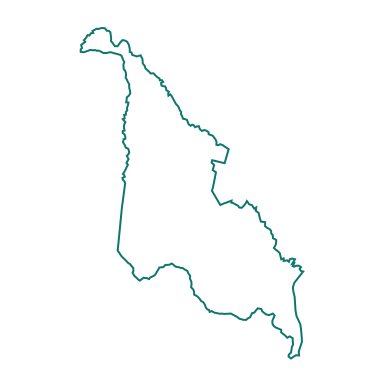 outline of Venâncio Aires, Rio Grande do Sul, Brazil, rotated 13°
{"feature_id": "56859067B17249233565131", "entity_name": "Venâncio Aires", "entity_type": "district", "adm_level": 2, "iso_a3": "BRA", "parent_name": "Brazil", "parent_adm1": "Rio Grande do Sul", "projection": "natural_earth1", "projection_center": [-52.217, -29.554], "detail": "fine", "context": "isolated", "style": "outline", "palette": "teal", "viewbox_px": 384, "rotation_deg": 13, "n_neighbors": 0, "source": "geoboundaries", "source_scale": "gbopen_adm2", "svg_char_len": 4334}
<svg xmlns="http://www.w3.org/2000/svg" viewBox="0 0 384 384"><g transform="rotate(13 192 192)"><path d="M318.2,244.5L316.2,244.5L314.2,242.8L315.1,240.7L312.5,239.8L309.6,240.6L308.4,241.8L306.8,241.6L307.5,238.5L305.8,239.4L307.5,234.4L304.7,234.3L302.4,235.5L302.1,238.2L299.9,237.2L296.8,238.6L296.2,236.1L294.1,237.5L291.2,231.7L288.4,230.1L286.2,229.2L284.4,228.1L285.1,225.8L285.5,223.7L284.9,219.8L281.3,218.8L280.4,215.9L278.6,214.6L277.8,212.1L276.0,210.7L273.5,210.1L270.9,208.9L270.0,204.9L265.8,205.3L264.3,202.8L263.1,200.5L261.7,197.4L258.3,195.9L258.0,192.6L256.4,194.2L255.1,193.1L253.5,191.4L250.5,191.1L247.5,188.5L246.8,191.2L245.6,193.7L244.0,196.2L241.5,196.5L240.0,195.0L237.3,194.3L234.7,193.6L232.7,193.5L232.5,191.5L231.0,192.5L229.1,193.8L225.8,195.9L222.5,198.3L211.2,186.4L211.4,182.2L210.9,167.4L207.2,165.9L207.5,160.7L204.5,159.0L204.5,156.5L217.3,156.6L218.1,142.0L213.2,140.2L211.3,139.4L208.7,139.1L207.0,140.6L205.2,140.6L204.7,137.9L203.3,135.7L199.6,132.5L197.3,132.2L195.3,132.0L194.7,130.1L192.2,129.0L189.9,128.9L187.9,130.3L185.5,128.9L183.8,126.3L182.3,126.9L180.4,128.2L178.6,126.5L177.0,126.4L175.7,127.8L173.4,126.7L171.0,123.0L168.9,122.5L166.7,122.6L165.5,120.6L163.9,118.7L163.4,116.5L161.4,114.7L160.0,112.4L158.4,111.0L156.5,109.8L154.7,107.8L152.3,105.0L150.6,103.1L148.8,101.8L147.4,103.4L146.6,101.5L146.9,99.5L144.1,98.6L143.2,96.4L141.9,95.1L140.2,95.4L138.4,95.2L137.3,92.8L139.1,91.2L137.5,89.8L135.5,90.4L134.8,88.7L132.4,87.9L129.9,86.5L127.8,85.0L125.0,85.8L123.3,84.5L120.3,82.9L118.8,82.0L117.6,79.8L115.1,77.8L113.8,73.5L112.5,72.1L111.2,70.4L107.8,72.3L102.9,71.8L101.7,69.7L99.8,69.5L99.2,66.6L97.3,62.7L95.1,60.3L93.0,59.5L90.0,59.7L88.5,62.3L86.7,66.7L84.0,67.3L80.7,64.2L79.2,63.3L78.6,60.3L76.5,54.7L74.8,53.7L72.7,54.0L70.3,52.1L68.1,52.3L66.3,52.9L64.0,54.3L62.2,54.4L61.0,55.6L58.8,57.5L60.0,59.2L57.8,60.1L56.8,62.6L55.1,62.5L53.8,66.3L52.5,68.4L54.2,69.7L50.9,73.7L52.5,76.5L51.5,78.1L52.0,80.5L55.0,80.2L57.3,78.8L59.0,77.8L61.0,76.4L63.7,76.2L65.8,75.5L67.5,75.8L69.4,75.2L71.6,75.7L74.5,76.5L77.3,75.8L81.2,74.1L90.7,74.5L92.4,74.9L93.7,76.5L95.0,78.5L96.8,80.7L96.5,83.4L97.1,85.4L97.8,87.6L99.5,88.8L100.7,90.6L101.4,92.8L101.7,95.6L103.1,97.0L104.6,99.0L106.6,101.2L107.1,103.6L107.8,105.5L108.8,107.2L109.7,109.7L108.8,112.4L107.2,114.3L107.6,117.1L107.7,119.4L109.9,119.1L110.1,121.6L109.7,124.9L110.6,127.0L109.5,129.0L110.2,131.5L108.6,132.1L109.8,135.5L108.2,136.6L109.8,137.9L111.4,138.8L110.9,140.9L110.8,143.0L111.3,144.9L112.5,147.3L110.8,148.2L111.2,150.1L113.1,150.9L114.5,152.9L115.1,155.1L113.5,156.0L113.6,159.1L116.0,161.4L117.4,163.7L119.7,164.0L121.0,165.5L122.0,167.9L121.4,169.8L120.3,171.5L121.5,172.7L122.8,174.4L122.1,176.5L121.6,178.5L123.5,180.0L122.8,182.0L122.2,185.2L121.4,188.2L120.6,190.0L122.1,190.8L123.1,192.3L121.1,193.9L121.9,195.6L123.6,196.7L125.0,198.7L125.1,200.7L127.3,223.7L132.8,266.0L134.6,267.4L136.1,268.9L137.4,270.1L139.2,271.4L142.8,273.5L145.9,275.6L147.8,276.1L149.4,277.5L151.8,279.2L152.7,282.0L152.2,284.0L153.6,285.5L154.9,286.8L156.8,287.8L159.5,289.5L161.0,290.1L164.1,286.5L167.4,286.1L169.8,286.5L170.5,284.7L172.0,283.6L174.3,281.6L175.2,279.7L175.8,277.3L176.7,275.0L177.1,273.0L181.0,271.6L182.4,269.1L184.2,268.6L186.5,267.9L188.1,266.3L189.9,266.8L191.4,267.8L193.4,268.5L195.3,268.2L197.6,268.5L199.9,268.2L202.0,269.0L205.3,270.0L206.6,272.0L209.1,274.1L209.4,276.8L210.7,278.4L211.7,279.9L212.3,282.1L212.6,285.1L215.0,286.6L216.3,288.4L217.3,291.6L219.8,292.2L221.5,293.0L223.6,294.5L225.6,296.3L227.7,296.8L229.8,298.8L231.6,301.6L233.4,302.9L235.2,303.1L236.2,304.9L237.9,303.6L241.0,304.5L246.4,304.4L248.3,303.8L251.0,303.5L257.3,301.7L264.1,303.6L266.6,304.8L271.1,305.0L273.6,304.4L274.6,302.8L276.7,301.1L277.8,296.5L279.9,295.5L280.7,293.5L282.2,290.6L285.8,290.4L287.3,292.5L291.4,294.5L294.6,294.7L298.1,292.3L300.3,293.8L299.6,297.4L299.3,299.6L300.1,302.4L301.5,304.0L303.7,305.1L309.9,306.2L310.5,308.8L315.1,310.9L317.6,312.6L319.7,310.7L323.0,311.8L323.6,314.3L324.8,317.9L324.2,320.4L324.6,326.2L322.9,328.7L323.1,330.6L325.9,331.9L329.9,327.7L333.1,327.2L331.9,323.6L332.8,313.7L332.1,310.4L329.0,300.9L327.2,296.4L321.7,289.3L319.4,283.9L318.3,280.1L315.6,271.2L313.1,266.1L311.8,262.4L312.1,257.5L318.2,244.5Z" fill="none" stroke="#0f766e" stroke-width="2"/></g></svg>